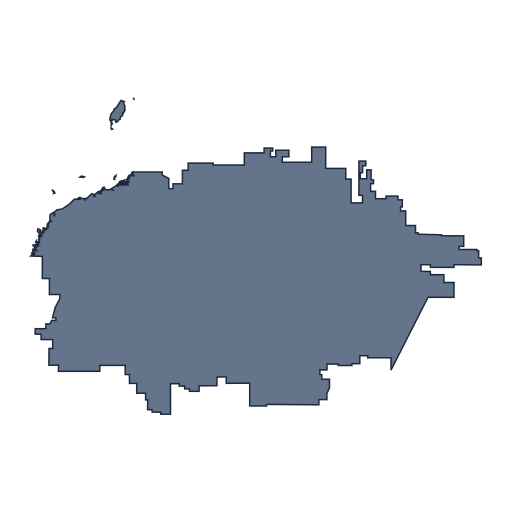 the district of Ashburton, Western Australia, Australia
{"feature_id": "25037944B95548638033328", "entity_name": "Ashburton", "entity_type": "district", "adm_level": 2, "iso_a3": "AUS", "parent_name": "Australia", "parent_adm1": "Western Australia", "projection": "mercator", "projection_center": [115.241, -22.235], "detail": "fine", "context": "isolated", "style": "filled", "palette": "slate", "viewbox_px": 512, "rotation_deg": 0, "n_neighbors": 0, "source": "geoboundaries", "source_scale": "gbopen_adm2", "svg_char_len": 5959}
<svg xmlns="http://www.w3.org/2000/svg" viewBox="0 0 512 512"><path d="M358.9,161.1L358.9,195.3L362.5,195.3L362.5,202.9L351.1,202.9L351.1,179.1L345.8,179.1L345.8,168.4L325.7,168.4L325.7,147.1L311.7,147.1L311.7,162.2L282.3,162.2L282.3,156.8L288.9,156.8L288.9,150.2L275.8,150.2L275.8,156.8L270.4,156.8L270.4,151.0L272.7,151.0L272.7,148.1L264.1,148.1L264.1,152.9L244.3,152.9L244.3,165.0L213.2,165.0L213.2,163.1L188.1,163.1L188.1,170.3L182.4,170.3L182.4,183.8L173.0,183.8L173.0,188.6L168.8,188.6L168.8,178.4L162.2,175.0L162.2,172.0L132.2,172.0L131.6,172.7L131.9,173.4L132.4,172.9L132.1,174.0L133.0,174.7L133.8,173.8L132.9,174.9L133.3,175.0L133.4,175.5L133.7,175.5L133.7,175.8L132.7,174.9L133.1,175.7L133.1,176.7L132.4,174.7L130.4,175.3L130.9,174.8L130.2,174.6L128.6,175.9L129.1,176.4L128.9,177.0L128.5,176.4L127.8,177.4L127.9,178.3L128.3,178.0L128.7,178.0L129.2,177.0L129.6,176.9L128.8,178.1L128.0,178.5L128.7,179.0L128.7,178.4L129.6,177.2L129.0,178.9L128.7,179.2L127.8,178.6L126.6,179.4L126.5,180.1L127.0,179.7L128.0,180.2L127.0,179.8L126.8,180.9L129.0,181.7L128.2,183.2L128.2,181.7L127.2,181.7L126.7,182.6L126.6,184.1L127.2,184.0L127.9,184.5L127.9,184.2L128.0,184.6L127.2,184.1L126.5,185.2L125.2,183.7L125.0,185.4L124.3,182.2L124.0,185.4L123.5,183.8L122.3,184.0L123.3,184.7L123.4,185.1L123.2,185.5L123.2,184.7L122.1,184.0L123.5,183.5L123.4,181.6L121.6,183.7L121.8,184.5L122.3,184.2L122.6,184.5L122.4,185.0L122.1,184.3L121.4,184.9L121.5,183.7L120.7,185.2L121.2,183.6L119.4,183.2L118.9,183.5L119.7,184.0L118.6,183.5L116.5,185.0L119.5,184.2L119.9,184.7L118.3,185.4L118.1,186.2L116.6,185.5L112.0,188.2L111.7,189.1L112.9,190.1L112.2,190.1L111.6,189.2L111.6,188.6L109.0,189.9L104.2,189.4L104.3,190.1L104.1,189.2L104.9,189.0L104.0,188.2L102.9,189.8L103.3,190.1L102.0,190.7L102.0,192.1L101.2,190.3L99.0,191.7L101.0,192.9L101.1,193.2L99.6,192.5L99.7,193.2L98.2,191.6L96.7,192.9L97.5,193.2L98.1,194.0L96.6,193.0L94.1,194.8L95.0,196.2L94.0,196.3L93.9,194.6L91.9,193.6L87.3,197.9L87.2,198.8L87.1,198.0L84.9,198.8L86.0,198.5L85.8,199.4L85.3,198.9L84.6,199.7L84.5,199.1L83.6,199.5L84.8,198.7L80.7,198.2L79.9,197.4L79.2,197.8L79.8,198.4L79.1,198.0L78.4,198.6L78.9,198.6L79.5,199.2L77.2,199.3L79.6,197.4L81.1,197.7L79.7,197.3L76.4,199.3L74.4,199.1L69.6,203.9L62.2,209.0L57.0,209.8L53.6,212.7L54.5,212.9L54.9,214.1L53.8,216.5L54.5,213.7L53.0,212.6L50.0,214.7L49.9,220.5L50.4,221.6L51.9,220.6L50.7,221.8L49.6,221.3L48.0,223.1L47.8,224.0L48.4,223.7L49.4,224.0L47.4,224.3L47.5,225.4L48.3,225.9L48.4,226.8L47.2,225.6L46.6,230.0L46.2,228.1L44.9,229.7L45.1,231.2L44.7,229.0L43.4,229.5L43.9,230.9L42.8,232.0L43.6,233.0L43.8,233.6L42.4,231.3L41.4,234.4L41.7,235.8L40.9,235.3L38.6,235.8L38.9,237.4L40.3,237.0L39.1,238.4L39.4,239.1L39.9,238.6L39.6,239.2L38.7,239.6L39.6,242.0L39.4,243.1L38.8,241.3L37.2,242.0L38.4,244.6L37.1,244.0L37.8,247.2L37.0,245.2L36.2,246.0L36.1,244.7L33.1,244.9L32.9,245.5L35.4,247.7L36.2,247.4L35.9,247.8L34.6,247.5L34.5,247.9L37.1,250.8L36.1,250.7L35.1,249.3L34.0,249.2L34.3,250.6L32.9,249.5L32.7,252.2L35.4,253.8L32.0,252.9L32.4,254.0L34.6,255.1L32.6,254.6L33.5,255.8L31.6,255.1L30.7,256.0L42.4,256.4L42.3,278.5L49.4,278.5L49.4,294.5L60.0,294.5L59.6,299.2L55.2,307.4L52.5,317.8L55.9,317.8L55.9,320.4L51.6,320.4L50.1,323.9L45.9,323.9L45.9,328.7L35.2,328.7L35.2,334.2L41.1,334.2L41.1,339.6L52.7,339.6L52.7,348.5L49.0,348.5L48.9,365.2L58.5,365.2L58.4,371.3L99.8,371.3L99.8,365.4L125.2,365.4L125.2,374.5L130.1,374.5L129.4,374.7L129.5,383.4L136.7,383.4L136.7,393.3L145.6,393.2L145.6,399.9L147.7,399.9L147.6,409.7L151.9,409.7L152.2,412.1L160.7,412.2L160.7,414.2L170.5,414.2L170.5,383.7L179.2,383.7L179.2,386.1L184.6,386.1L184.6,388.9L189.5,388.9L189.5,391.3L199.1,391.3L199.1,385.8L216.9,385.7L217.0,377.0L226.3,377.0L226.2,383.3L249.7,383.2L249.7,406.0L266.5,406.0L266.2,405.4L267.2,404.4L318.9,404.8L318.9,399.6L326.9,399.6L326.9,393.6L329.5,387.6L329.5,379.2L321.8,379.2L321.8,374.6L319.9,374.6L319.9,369.9L327.0,369.9L327.0,364.1L338.2,364.1L338.2,365.5L351.9,365.5L351.9,363.7L359.8,363.7L359.8,355.7L367.7,355.7L367.7,357.8L391.0,357.8L391.0,370.1L428.0,297.3L454.0,297.3L454.0,282.5L443.9,282.5L443.9,274.7L430.4,274.7L430.4,271.4L421.0,271.4L421.0,264.7L430.4,264.7L430.4,267.4L454.0,267.4L454.0,264.7L481.3,264.9L481.3,257.9L478.6,257.9L478.7,250.7L477.0,250.7L477.0,249.5L459.0,249.5L459.0,246.4L463.7,246.4L463.7,235.8L441.7,235.8L441.7,234.8L418.1,234.2L418.1,232.8L415.5,232.8L415.5,225.5L405.7,225.5L405.7,210.9L400.6,210.9L400.6,206.9L402.3,206.9L402.3,199.8L397.9,199.8L397.9,196.1L386.0,196.1L386.0,198.7L375.5,198.7L375.5,191.3L370.6,191.3L370.6,183.7L373.5,183.7L373.5,179.8L371.1,179.8L371.1,169.9L366.7,169.9L366.7,178.8L360.3,178.8L360.3,172.7L362.6,172.7L362.6,165.8L365.8,165.8L365.8,161.1L358.9,161.1ZM111.1,113.9L109.8,119.0L111.1,122.0L112.2,120.5L111.1,120.2L113.5,119.4L115.4,120.2L115.9,122.3L117.7,121.5L119.0,119.6L120.1,119.3L120.5,116.7L122.5,115.9L122.5,113.3L123.0,113.7L124.6,111.0L124.4,109.9L125.0,109.9L124.6,107.5L125.1,106.7L123.5,102.8L124.4,101.6L121.0,100.4L116.5,107.4L114.1,109.1L113.9,110.5L111.1,113.9ZM37.4,230.9L39.9,235.1L40.4,235.3L41.2,233.7L40.9,232.1L40.0,231.6L40.7,230.1L38.0,228.7L37.4,230.9ZM120.0,182.6L121.6,183.5L124.1,180.2L121.4,181.1L120.0,182.6ZM79.9,177.1L83.6,177.4L84.4,176.8L81.3,176.1L79.9,177.1ZM125.0,181.3L125.5,183.7L126.5,184.2L126.3,183.6L126.9,181.9L125.0,181.3ZM101.3,190.3L104.5,187.7L104.2,187.1L102.8,187.5L101.3,190.3ZM111.4,124.9L110.7,126.5L112.4,123.4L111.2,122.3L111.4,124.9ZM53.6,193.5L54.9,193.0L53.8,191.0L51.9,189.7L54.0,192.5L53.6,193.5ZM43.4,229.4L44.5,228.7L44.2,227.8L43.0,228.1L43.4,229.4ZM111.6,129.4L112.6,129.1L110.7,127.4L111.6,129.4ZM116.0,175.5L115.1,176.3L114.8,177.3L115.8,176.8L116.0,175.5ZM113.8,179.1L114.7,179.4L114.2,177.7L113.8,179.1ZM119.3,182.3L120.3,181.8L120.8,181.1L119.5,181.5L119.3,182.3ZM133.2,97.8L133.9,99.2L134.5,99.7L133.2,97.8ZM36.3,240.9L35.7,241.7L35.6,242.5L36.2,242.5L36.3,240.9Z" fill="#64748b" stroke="#1e293b" stroke-width="1.5"/></svg>